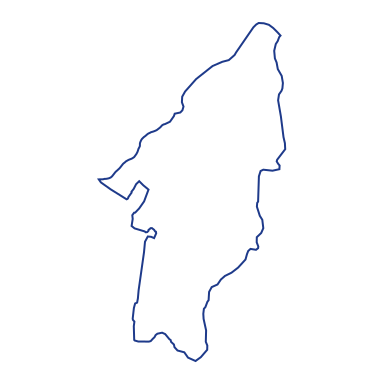 Santa Bárbara, Suchitepéquez, Guatemala
{"feature_id": "79465075B82403769630407", "entity_name": "Santa Bárbara", "entity_type": "district", "adm_level": 2, "iso_a3": "GTM", "parent_name": "Guatemala", "parent_adm1": "Suchitepéquez", "projection": "natural_earth1", "projection_center": [-91.268, 14.473], "detail": "fine", "context": "isolated", "style": "outline", "palette": "blue", "viewbox_px": 384, "rotation_deg": 0, "n_neighbors": 0, "source": "geoboundaries", "source_scale": "gbopen_adm2", "svg_char_len": 2929}
<svg xmlns="http://www.w3.org/2000/svg" viewBox="0 0 384 384"><path d="M98.8,179.4L100.9,182.4L110.6,189.3L126.6,199.3L127.5,198.9L128.1,198.1L128.5,196.9L131.6,192.6L131.5,191.7L133.7,188.9L136.1,184.2L139.2,181.2L143.3,185.3L148.5,189.6L144.1,201.4L139.2,208.4L135.2,212.6L134.1,212.7L132.3,215.2L132.7,218.9L131.6,226.0L134.6,228.4L144.6,231.4L145.8,232.3L147.2,232.1L148.4,230.9L148.6,229.8L149.9,228.9L150.5,228.2L151.9,228.1L154.1,229.8L155.2,231.5L155.9,231.7L156.2,233.3L154.1,238.1L151.1,236.8L147.8,236.5L145.0,241.7L144.0,252.3L138.6,290.4L137.9,298.4L137.1,302.6L135.1,303.5L133.9,308.0L132.7,318.6L132.9,319.8L134.4,321.6L133.8,326.2L134.2,339.9L134.7,340.5L138.2,341.5L148.9,341.6L150.7,341.1L152.8,338.8L154.5,337.2L155.6,335.1L157.4,333.7L162.1,332.7L165.2,334.1L169.4,339.2L170.6,340.0L171.1,341.9L173.9,344.5L174.5,347.2L177.5,350.5L184.3,352.3L188.0,357.6L195.5,361.0L200.8,357.2L207.2,349.8L207.3,345.5L205.8,341.8L206.1,330.4L203.6,318.9L203.3,313.8L203.9,308.8L205.4,307.1L207.4,301.8L208.6,300.2L209.1,291.9L211.7,287.1L217.5,284.5L220.9,279.5L225.0,275.9L231.5,272.7L238.1,267.6L245.5,259.5L247.0,254.1L248.2,251.0L250.5,248.9L256.0,249.8L258.1,248.2L258.3,246.5L256.7,242.3L256.8,237.2L261.2,233.0L263.3,228.2L262.3,219.8L259.8,215.8L256.9,206.7L257.2,202.9L258.1,201.6L258.9,176.3L260.6,171.0L263.3,169.7L272.5,170.7L279.4,169.2L279.6,165.5L278.1,163.7L276.7,161.4L277.1,159.8L285.2,149.2L284.9,143.2L283.5,137.1L280.9,116.5L278.1,100.3L279.0,94.4L281.5,90.8L282.4,88.4L282.9,83.0L281.7,75.9L277.8,69.1L276.6,62.5L274.9,58.4L274.2,50.8L275.8,44.0L277.7,41.1L279.2,37.1L280.5,35.6L277.7,32.5L273.2,28.0L268.9,24.8L263.9,23.3L258.7,23.0L256.2,24.5L253.4,27.3L236.1,52.4L234.6,55.0L228.8,60.1L222.3,61.8L212.6,66.0L196.2,79.0L185.1,91.5L182.2,96.7L181.9,102.2L183.5,106.6L182.4,110.3L180.3,112.5L174.7,113.7L173.9,116.1L170.0,121.7L169.2,122.1L167.5,122.9L165.8,123.7L164.7,124.2L163.7,124.4L163.1,124.7L162.0,125.4L161.4,126.1L160.4,127.2L159.7,127.8L158.7,128.6L157.9,129.2L157.0,129.9L156.1,130.4L155.2,130.8L154.2,131.2L153.4,131.5L152.1,131.9L151.3,132.1L150.6,132.4L150.0,132.8L148.4,133.5L147.4,134.2L146.7,134.8L145.8,135.6L145.2,136.1L144.4,136.7L143.8,137.1L143.1,137.8L142.0,138.9L141.2,140.1L140.8,141.0L140.4,141.9L140.1,142.7L139.9,143.7L139.9,144.5L139.9,145.4L139.8,146.3L139.1,147.7L138.5,148.8L138.2,149.8L137.7,151.3L137.3,152.3L136.8,153.2L136.4,154.0L135.3,155.5L134.8,156.2L134.3,156.9L133.7,157.4L133.1,157.8L131.8,158.6L131.1,158.9L130.3,159.2L129.2,159.6L127.8,160.3L126.8,160.9L125.9,161.4L125.3,162.0L124.5,162.7L123.8,163.2L123.2,163.7L122.4,164.7L121.6,165.7L120.6,167.0L119.6,168.2L118.9,168.9L118.2,169.5L117.6,170.1L116.8,170.8L116.2,171.3L115.3,172.2L113.2,174.9L112.0,176.4L110.7,177.5L110.0,177.8L109.1,178.2L108.4,178.4L107.0,178.7L105.6,178.9L104.5,178.9L103.4,179.2L102.5,179.3L101.4,179.3L100.1,179.3L98.8,179.4Z" fill="none" stroke="#1e3a8a" stroke-width="2"/></svg>